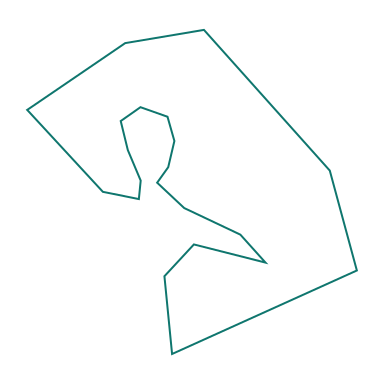 outline of Dagupan, rotated 271°
{"feature_id": "PHL-5541", "entity_name": "Dagupan", "entity_type": "Independent Component City", "adm_level": 1, "iso_a3": "PHL", "parent_name": "Philippines", "parent_adm1": "", "projection": "natural_earth1", "projection_center": [120.332, 16.046], "detail": "fine", "context": "isolated", "style": "outline", "palette": "teal", "viewbox_px": 384, "rotation_deg": 271, "n_neighbors": 0, "source": "natural_earth", "source_scale": "10m", "svg_char_len": 427}
<svg xmlns="http://www.w3.org/2000/svg" viewBox="0 0 384 384"><g transform="rotate(271 192 192)"><path d="M29.7,174.9L107.3,165.9L139.6,194.8L122.7,266.7L150.2,241.1L175.8,184.5L200.7,157.0L216.4,167.8L242.7,173.5L266.8,166.2L275.9,139.0L261.7,119.5L232.8,127.1L202.5,140.5L184.0,139.0L190.6,102.9L271.2,25.8L339.7,122.6L354.3,201.1L215.8,329.4L116.4,358.2L29.7,174.9Z" fill="none" stroke="#0f766e" stroke-width="2"/></g></svg>